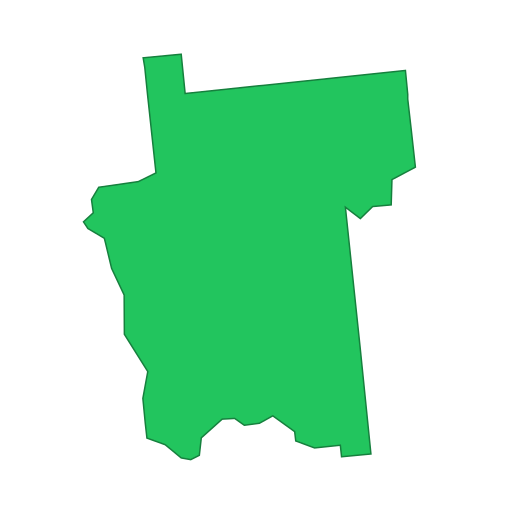 outline of Wagoner, Oklahoma, United States of America, rotated 84°
{"feature_id": "52423323B74853588584421", "entity_name": "Wagoner", "entity_type": "district", "adm_level": 2, "iso_a3": "USA", "parent_name": "United States of America", "parent_adm1": "Oklahoma", "projection": "natural_earth1", "projection_center": [-95.526, 35.964], "detail": "fine", "context": "isolated", "style": "filled", "palette": "green", "viewbox_px": 512, "rotation_deg": 84, "n_neighbors": 0, "source": "geoboundaries", "source_scale": "gbopen_adm2", "svg_char_len": 868}
<svg xmlns="http://www.w3.org/2000/svg" viewBox="0 0 512 512"><g transform="rotate(84 256 256)"><path d="M83.9,347.0L162.9,346.8L169.7,365.2L171.2,405.2L182.6,413.7L196.0,413.3L204.0,424.0L211.1,420.3L222.5,405.0L227.3,404.3L253.2,400.9L281.0,391.2L320.1,395.1L359.6,375.7L385.8,383.4L410.9,383.6L425.7,383.5L434.2,366.0L449.0,351.5L451.7,342.2L448.3,333.2L431.1,329.4L414.7,306.7L415.3,294.2L423.1,285.3L422.7,270.1L416.7,256.0L434.7,235.9L444.1,235.8L453.0,217.8L453.0,191.9L464.6,191.9L464.9,162.4L358.1,162.0L306.6,162.0L216.8,162.0L229.7,148.3L219.0,134.8L219.3,116.2L194.2,112.8L184.3,88.2L147.8,88.4L115.8,88.7L111.2,88.2L87.1,88.0L87.1,112.8L87.1,125.0L87.1,137.3L87.1,149.3L87.1,186.4L87.1,198.6L87.1,210.9L87.1,231.2L87.0,235.4L87.0,302.4L87.0,309.5L47.5,309.3L47.1,347.5L56.9,346.9L83.9,347.0Z" fill="#22c55e" stroke="#15803d" stroke-width="1.5"/></g></svg>